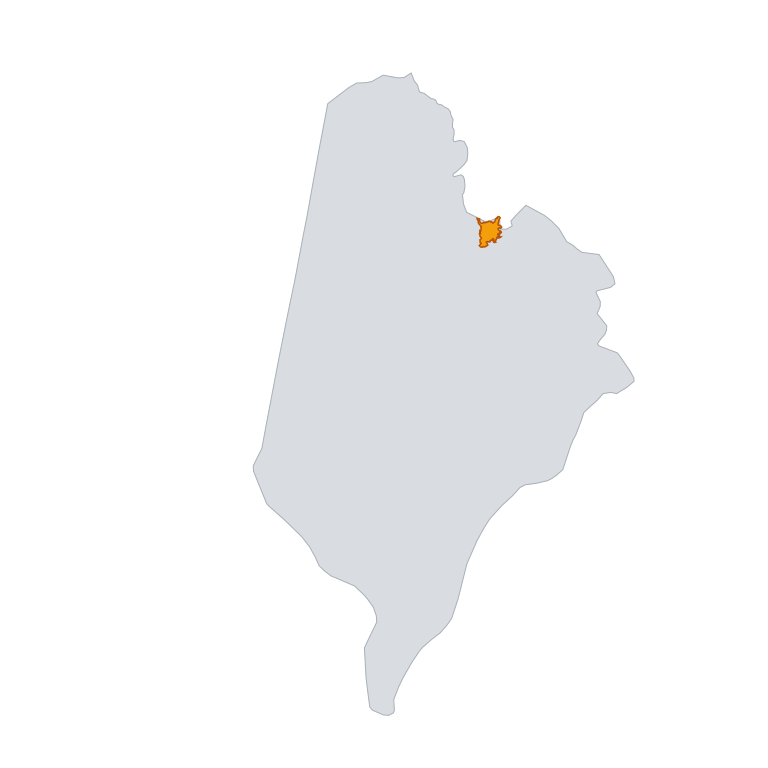 Al-Qusayr, Homs (Hims), Syria shown in context, rotated 134°
{"feature_id": "27442178B51656539269606", "entity_name": "Al-Qusayr", "entity_type": "district", "adm_level": 2, "iso_a3": "SYR", "parent_name": "Syria", "parent_adm1": "Homs (Hims)", "projection": "orthographic", "projection_center": [36.533, 34.512], "detail": "fine", "context": "in_parent", "style": "filled", "palette": "amber", "viewbox_px": 768, "rotation_deg": 134, "n_neighbors": 0, "source": "geoboundaries", "source_scale": "gbopen_adm2", "svg_char_len": 6665}
<svg xmlns="http://www.w3.org/2000/svg" viewBox="0 0 768 768"><g transform="rotate(134 384 384)"><path d="M151.4,287.5L157.0,288.1L168.8,295.4L170.8,295.2L174.5,285.6L178.0,282.4L185.3,279.6L187.4,264.1L190.9,261.2L195.0,259.6L201.3,259.3L206.9,258.4L207.2,255.6L199.5,237.8L200.2,233.3L203.9,215.3L206.2,208.3L208.4,206.0L217.1,206.9L229.3,210.0L232.6,215.1L238.6,219.7L247.5,219.3L257.9,220.1L265.9,220.4L272.4,217.1L286.8,210.9L294.0,208.8L300.5,206.0L321.4,195.9L329.8,196.5L335.6,197.7L340.0,199.2L350.0,205.7L358.4,212.4L364.2,214.3L374.5,213.9L389.4,214.8L407.7,214.2L418.4,212.0L431.9,208.3L455.9,199.4L487.2,181.4L505.6,172.5L513.6,171.2L524.1,170.7L534.7,172.3L546.7,173.3L552.1,172.9L564.9,170.6L581.5,166.4L591.8,163.0L604.2,157.8L611.6,149.8L614.1,148.8L617.5,150.0L619.0,150.4L622.5,154.6L626.6,165.5L626.6,166.7L626.2,169.9L618.5,179.6L608.0,192.6L600.3,200.9L587.4,214.8L577.4,218.2L560.4,223.8L556.0,228.6L552.1,236.3L550.1,246.6L549.6,253.0L549.8,265.0L554.4,277.2L558.9,288.8L559.8,296.7L559.8,304.4L556.4,312.9L552.8,324.4L551.0,337.3L550.9,361.4L551.8,381.8L551.6,385.2L545.1,400.0L537.4,417.2L533.6,421.3L515.2,427.1L495.3,440.3L473.0,454.9L452.7,468.2L431.3,482.1L409.0,496.4L393.0,506.6L371.5,520.1L351.9,533.0L332.0,546.1L316.8,555.9L293.7,571.4L280.1,580.5L260.1,593.8L242.4,605.4L221.4,619.2L195.0,615.2L186.6,612.8L179.8,606.3L174.8,602.8L162.4,599.2L154.4,586.9L149.7,582.5L141.4,580.5L145.0,572.7L145.7,567.6L149.3,561.3L147.1,557.1L146.0,548.4L144.5,546.2L143.9,543.9L145.2,541.1L144.7,538.2L143.3,536.9L142.7,532.5L141.5,529.3L142.1,525.3L144.0,522.8L145.9,517.9L148.1,516.4L151.6,513.3L152.6,510.1L155.7,507.0L159.9,504.4L160.9,502.3L160.3,501.2L156.1,498.8L153.9,494.7L155.9,488.7L157.3,486.9L159.8,484.0L165.4,479.6L169.8,478.9L173.6,478.9L180.0,479.3L185.0,480.1L186.3,479.0L186.1,477.5L180.0,473.9L179.6,471.1L181.2,468.0L185.5,463.1L190.7,459.6L193.4,459.0L199.3,451.8L203.1,443.8L197.0,424.4L193.3,421.2L187.3,418.6L183.7,418.1L183.5,416.9L188.2,412.0L191.6,407.7L187.8,403.6L181.2,401.6L178.7,405.9L170.2,406.2L156.9,406.1L151.2,385.5L150.4,376.6L150.6,366.3L154.7,351.3L152.9,344.3L152.8,339.6L151.8,333.1L141.5,319.2L147.4,293.6L151.4,287.5Z" fill="#d9dde1" stroke="#a8b0b8" stroke-width="1"/><path d="M193.1,405.9L193.3,405.8L193.9,405.6L193.9,406.2L193.9,406.4L193.6,407.0L193.6,408.7L193.5,409.2L193.4,409.5L193.2,409.8L191.6,409.7L191.4,408.9L191.3,408.7L191.1,408.5L190.6,408.2L190.3,408.1L190.1,408.1L189.9,408.1L189.5,408.3L189.4,408.5L189.6,408.8L189.6,409.0L189.3,409.4L189.3,409.5L189.2,409.8L189.3,409.9L189.3,410.3L189.3,410.6L189.4,410.9L189.8,411.4L190.1,411.7L190.2,411.9L190.3,412.2L190.3,412.4L190.3,412.5L189.8,413.0L189.0,413.5L187.3,414.5L186.4,415.0L185.9,415.2L184.0,415.9L183.8,416.1L183.7,416.1L183.7,416.4L183.7,416.7L183.8,417.3L183.9,417.5L184.0,417.7L184.3,418.1L184.6,418.2L185.0,418.2L185.4,418.2L185.5,418.1L185.9,417.7L186.0,417.7L186.3,417.9L186.3,418.0L186.6,418.3L187.0,418.2L187.4,418.2L187.8,418.2L188.0,418.2L188.5,418.1L189.7,417.3L190.3,417.1L190.8,417.1L191.0,417.2L191.8,417.4L192.0,417.5L192.6,417.4L192.7,417.5L192.8,417.7L192.7,417.9L192.6,418.1L192.5,418.6L192.5,419.1L192.6,419.4L192.8,419.7L192.9,419.8L193.1,419.9L193.3,419.9L193.5,420.0L193.6,420.6L193.6,420.8L193.6,421.0L193.8,421.2L193.8,421.3L193.9,421.5L194.5,421.8L195.2,421.9L195.4,422.0L195.6,422.0L195.9,422.3L196.0,422.4L196.1,422.5L196.3,422.7L196.5,422.8L197.0,422.7L197.6,423.2L197.7,423.3L197.6,423.6L197.7,423.8L197.8,423.9L198.3,424.2L198.4,424.4L198.4,424.5L198.5,424.6L198.7,424.3L198.8,424.2L199.0,424.3L199.2,424.5L199.3,424.8L200.4,425.1L200.5,425.2L200.6,425.3L200.9,426.0L200.9,426.3L200.9,426.7L200.7,427.7L200.4,428.2L200.3,428.5L200.1,428.6L200.0,428.8L199.8,429.0L199.6,429.1L199.5,429.3L199.3,429.6L199.0,429.8L198.9,429.9L199.0,430.0L199.5,430.8L199.7,431.0L200.0,431.4L200.1,431.6L200.2,432.1L200.7,431.4L200.8,431.3L201.0,430.8L201.1,430.0L201.2,429.5L201.3,428.9L202.0,428.8L202.1,428.5L202.5,428.0L202.9,427.3L202.9,426.6L203.0,425.5L203.1,424.7L203.3,424.3L203.3,423.9L203.2,423.2L203.5,423.1L204.0,423.0L204.3,422.9L204.5,422.5L204.9,421.8L205.4,421.4L205.8,421.2L206.0,421.2L206.5,421.7L206.8,421.9L207.0,421.8L207.2,421.6L207.3,421.4L207.2,421.0L207.0,420.7L207.2,420.4L207.4,420.4L208.1,420.7L208.4,420.5L208.5,420.3L208.5,420.0L208.8,419.9L208.7,419.7L208.7,419.3L209.0,419.4L209.3,419.8L209.6,419.8L209.8,419.2L210.4,418.2L210.9,417.9L210.9,417.7L211.0,417.4L211.1,417.0L211.1,415.6L212.0,415.0L212.6,415.0L213.3,415.1L213.8,415.1L214.1,414.5L215.5,413.1L215.3,411.9L215.4,411.7L216.5,411.6L218.0,411.7L218.3,411.6L218.3,411.0L218.3,410.4L218.2,409.4L218.0,409.1L217.7,409.0L217.5,408.7L217.5,408.3L216.7,408.0L216.3,408.0L216.0,408.0L215.8,407.2L215.6,406.9L214.7,406.6L214.5,406.3L214.0,406.3L213.4,406.1L212.8,406.1L212.5,405.8L212.2,405.7L211.9,405.9L211.6,406.5L211.3,407.3L211.2,407.9L211.1,408.3L210.8,408.5L210.8,409.0L210.1,408.9L209.6,408.4L209.1,407.5L208.8,406.9L208.4,406.8L208.1,406.6L207.9,406.5L207.5,407.1L207.1,407.2L206.6,407.1L206.2,406.9L206.0,406.5L205.5,406.3L204.8,406.3L204.7,406.6L204.6,406.8L204.4,406.8L204.2,406.8L203.8,406.6L203.6,405.9L203.8,405.8L203.9,405.7L204.0,405.5L204.0,405.1L204.1,404.9L204.5,405.0L204.9,405.0L205.0,404.8L205.5,404.6L205.7,404.3L205.7,404.2L205.7,403.9L205.6,403.6L205.7,403.4L205.6,403.2L205.4,402.9L205.3,402.6L205.1,402.6L204.9,402.5L205.0,402.7L204.9,402.7L204.8,402.8L204.7,402.9L204.3,402.9L204.1,402.9L204.0,403.1L203.9,403.2L203.7,403.1L203.3,403.1L203.2,403.2L202.9,403.3L202.7,403.5L202.3,403.8L202.1,403.8L201.9,403.8L202.0,403.7L201.8,403.7L201.7,403.7L201.5,403.8L201.4,403.9L201.3,404.0L201.1,404.0L200.9,404.0L200.7,404.0L200.5,404.3L200.4,404.3L200.3,404.5L200.1,404.6L199.9,404.7L199.6,404.6L199.5,404.4L199.3,403.8L199.4,403.7L199.3,403.4L199.4,403.2L199.5,403.0L199.4,402.9L199.3,403.0L199.2,403.0L198.9,403.3L198.7,403.7L198.5,403.4L198.4,403.3L198.4,403.2L198.5,403.2L198.7,402.8L198.6,402.7L198.4,402.8L198.2,402.8L198.0,402.7L197.9,402.6L197.8,402.4L197.8,402.2L197.6,402.1L197.3,402.1L197.2,402.1L197.5,402.3L197.6,402.5L197.4,402.5L197.5,402.9L197.5,403.0L197.5,403.3L197.8,403.4L198.0,403.5L198.4,403.9L198.4,404.1L198.2,404.4L197.8,404.2L197.7,404.1L197.3,404.1L197.3,404.3L197.5,404.6L197.4,404.7L197.4,404.8L197.3,405.0L197.3,405.3L197.6,405.4L197.6,405.5L197.5,406.0L197.4,406.1L197.3,406.3L197.2,406.4L196.9,406.2L196.8,405.8L196.8,405.6L196.8,405.4L196.7,405.2L196.3,405.2L196.1,404.9L196.0,405.1L195.8,405.1L195.7,405.2L195.6,405.4L195.8,405.5L195.8,405.9L195.6,406.0L195.2,405.7L194.7,405.0L193.6,404.8L193.3,405.0L193.1,405.9Z" fill="#f59e0b" stroke="#b45309" stroke-width="1.5"/></g></svg>